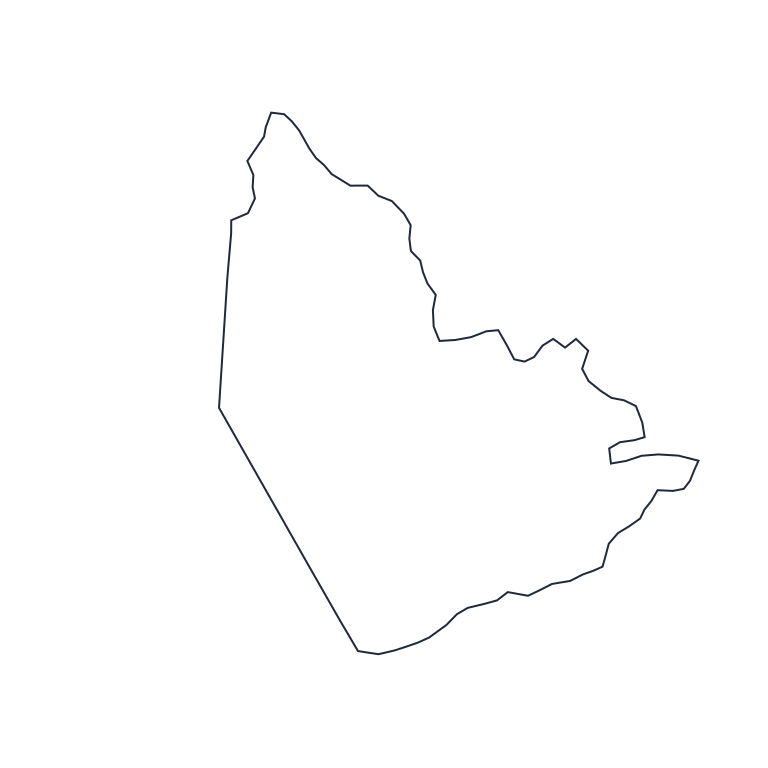 Macambira, Sergipe, Brazil (Albers equal-area conic projection), rotated 230°
{"feature_id": "56859067B25028992461332", "entity_name": "Macambira", "entity_type": "district", "adm_level": 2, "iso_a3": "BRA", "parent_name": "Brazil", "parent_adm1": "Sergipe", "projection": "albers", "projection_center": [-37.603, -10.661], "detail": "fine", "context": "isolated", "style": "outline", "palette": "slate", "viewbox_px": 768, "rotation_deg": 230, "n_neighbors": 0, "source": "geoboundaries", "source_scale": "gbopen_adm2", "svg_char_len": 1366}
<svg xmlns="http://www.w3.org/2000/svg" viewBox="0 0 768 768"><g transform="rotate(230 384 384)"><path d="M664.4,472.0L656.8,458.6L650.6,451.1L646.3,435.9L642.7,422.7L628.1,418.3L619.1,409.8L609.1,404.4L602.3,389.6L607.6,372.2L597.6,363.7L566.4,332.6L471.8,242.3L290.9,209.1L231.3,198.3L196.2,192.4L188.9,198.7L180.5,206.2L173.1,220.8L168.4,232.5L164.1,243.7L160.8,255.6L159.3,276.9L160.8,291.9L158.7,304.2L150.7,320.3L145.6,331.5L145.0,345.1L129.2,358.2L126.2,369.7L122.9,384.1L113.5,400.0L110.4,413.5L106.3,424.6L103.6,434.0L109.4,442.5L117.2,453.6L119.4,467.5L117.4,480.5L116.3,493.8L120.4,502.8L122.5,513.6L126.8,525.3L116.4,536.6L111.0,546.2L113.1,556.0L118.4,566.0L123.1,575.6L139.9,563.5L153.7,548.9L163.5,535.1L169.4,520.1L177.2,506.7L189.9,515.1L187.7,527.4L179.9,539.9L175.8,549.5L188.3,557.0L205.1,562.8L217.2,557.4L227.2,549.3L238.9,545.7L254.7,542.6L268.2,545.5L278.3,561.8L295.1,560.1L295.5,546.1L309.8,542.6L311.5,530.1L308.2,516.3L310.8,506.1L319.2,499.6L334.6,503.0L351.8,506.1L358.6,496.3L363.9,480.9L371.9,466.9L381.3,454.2L396.1,459.0L409.2,469.0L419.0,480.9L433.0,481.9L444.5,485.7L455.3,491.1L468.6,490.1L479.1,496.9L488.5,506.5L501.6,508.8L519.1,507.6L531.8,500.7L546.5,499.0L557.6,485.7L578.5,478.8L590.0,478.8L601.0,477.1L612.7,478.2L632.8,482.0L644.7,482.2L654.9,480.9L664.4,472.0Z" fill="none" stroke="#1e293b" stroke-width="2"/></g></svg>